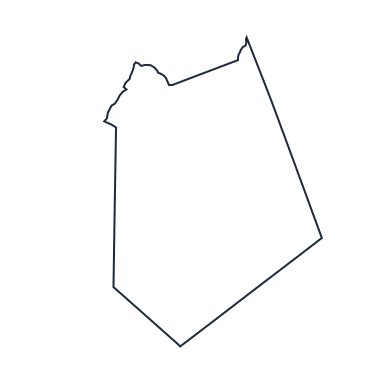 the district of Altos, Piauí, Brazil, rotated 160°
{"feature_id": "56859067B36301945264464", "entity_name": "Altos", "entity_type": "district", "adm_level": 2, "iso_a3": "BRA", "parent_name": "Brazil", "parent_adm1": "Piauí", "projection": "albers", "projection_center": [-42.484, -5.023], "detail": "fine", "context": "isolated", "style": "outline", "palette": "slate", "viewbox_px": 384, "rotation_deg": 160, "n_neighbors": 0, "source": "geoboundaries", "source_scale": "gbopen_adm2", "svg_char_len": 966}
<svg xmlns="http://www.w3.org/2000/svg" viewBox="0 0 384 384"><g transform="rotate(160 192 192)"><path d="M298.3,129.5L267.5,72.7L257.1,53.5L256.0,50.9L219.4,62.3L173.2,76.9L170.9,77.6L164.6,79.6L108.4,97.2L85.7,104.4L85.8,130.2L85.8,142.0L85.9,177.6L85.9,180.3L86.0,206.1L86.0,213.9L86.1,220.7L86.1,224.2L86.1,228.6L86.1,231.3L86.2,248.4L86.5,264.6L87.8,318.6L89.1,317.0L89.7,314.0L91.6,311.3L94.8,310.8L97.7,308.7L99.4,306.7L101.1,305.3L102.5,303.2L103.7,300.2L173.9,299.3L177.0,300.4L177.5,307.9L178.5,310.8L181.3,314.2L183.0,315.5L183.2,317.9L184.7,321.8L187.4,325.2L191.3,327.0L193.5,327.6L196.5,327.8L198.2,331.0L200.6,333.1L203.0,331.5L204.1,329.2L205.7,327.0L207.9,324.5L210.1,322.4L211.9,319.6L217.1,317.3L220.3,314.0L218.5,310.8L222.7,309.9L225.1,308.5L226.9,307.5L229.8,304.7L234.3,301.4L238.1,300.7L241.0,298.0L243.9,295.3L246.9,290.2L250.3,288.4L244.7,283.0L241.3,278.6L268.7,207.1L298.3,129.5Z" fill="none" stroke="#1e293b" stroke-width="2"/></g></svg>